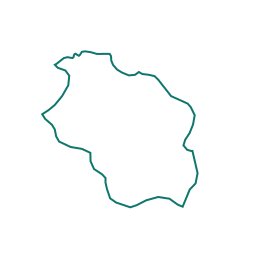 Bam, orthographic projection, rotated 140°
{"feature_id": "BFA-2811", "entity_name": "Bam", "entity_type": "Province", "adm_level": 1, "iso_a3": "BFA", "parent_name": "Burkina Faso", "parent_adm1": "", "projection": "orthographic", "projection_center": [-1.569, 13.448], "detail": "fine", "context": "isolated", "style": "outline", "palette": "teal", "viewbox_px": 256, "rotation_deg": 140, "n_neighbors": 0, "source": "natural_earth", "source_scale": "10m", "svg_char_len": 1043}
<svg xmlns="http://www.w3.org/2000/svg" viewBox="0 0 256 256"><g transform="rotate(140 128 128)"><path d="M114.4,216.0L111.7,214.4L107.8,210.0L104.1,204.6L95.8,197.8L94.4,196.5L94.8,194.0L97.5,190.3L98.9,186.0L98.8,179.7L96.9,174.2L93.5,167.7L88.4,164.2L83.7,163.9L82.3,160.1L77.6,155.1L74.3,150.6L73.8,145.6L74.5,124.7L66.6,108.3L66.5,103.7L68.7,94.9L75.9,88.9L84.1,84.5L91.8,82.2L96.7,79.0L96.7,73.3L94.6,70.1L93.4,69.0L103.7,48.7L111.9,42.1L120.2,41.2L136.7,32.6L139.1,37.1L141.7,47.2L149.3,55.8L160.5,60.9L171.0,63.3L177.1,65.7L177.9,66.9L185.0,78.5L186.9,85.6L183.4,94.6L180.3,100.7L177.4,104.1L177.6,109.1L180.4,118.4L178.1,126.5L172.8,133.2L176.7,141.6L184.2,150.4L189.5,161.9L188.4,167.8L185.0,174.0L184.2,179.2L185.6,188.2L184.9,193.7L177.8,192.8L169.3,192.7L158.0,194.8L146.3,199.1L139.4,205.8L139.0,212.3L143.1,219.3L143.4,223.4L141.5,223.1L132.2,222.8L128.9,221.2L125.6,217.3L124.1,217.3L123.0,218.3L121.6,218.9L120.4,218.6L119.9,216.7L119.2,214.9L117.5,215.0L114.4,216.0Z" fill="none" stroke="#0f766e" stroke-width="2"/></g></svg>